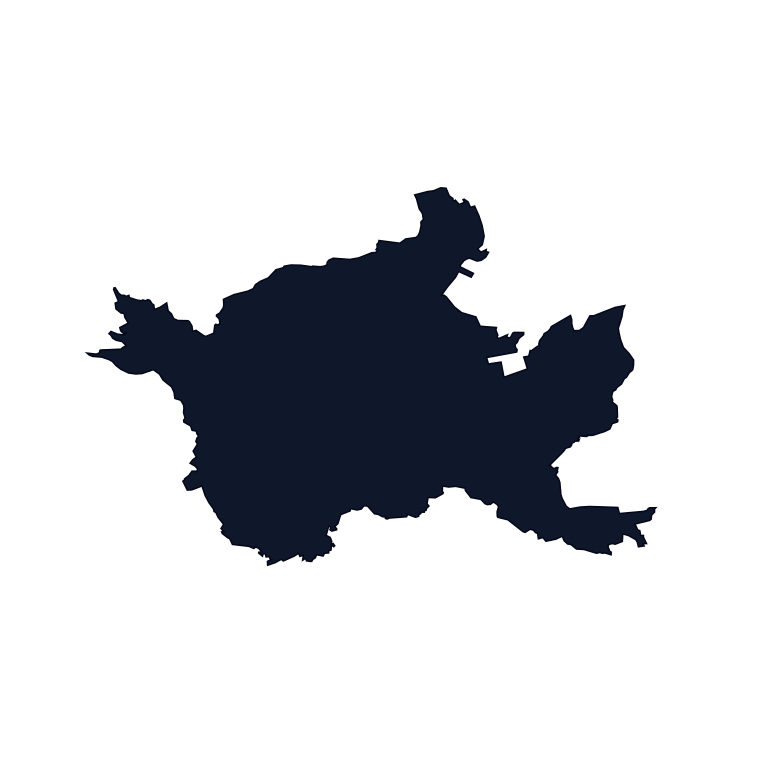 Ileanda, Salaj, Romania, rotated 195°
{"feature_id": "2599482B39654987935311", "entity_name": "Ileanda", "entity_type": "district", "adm_level": 2, "iso_a3": "ROU", "parent_name": "Romania", "parent_adm1": "Salaj", "projection": "natural_earth1", "projection_center": [23.607, 47.339], "detail": "fine", "context": "isolated", "style": "filled", "palette": "ink", "viewbox_px": 768, "rotation_deg": 195, "n_neighbors": 0, "source": "geoboundaries", "source_scale": "gbopen_adm2", "svg_char_len": 6153}
<svg xmlns="http://www.w3.org/2000/svg" viewBox="0 0 768 768"><g transform="rotate(195 384 384)"><path d="M374.7,589.2L380.0,588.2L386.1,583.5L391.7,581.2L403.3,574.6L400.5,571.3L395.3,562.3L391.1,558.7L388.6,553.2L390.3,550.0L389.2,546.7L388.8,540.1L389.5,536.0L391.2,533.7L400.5,529.8L405.1,524.1L426.0,521.3L425.9,519.2L427.0,517.1L425.8,513.7L426.5,511.7L424.5,511.7L426.1,508.9L429.7,507.7L441.2,499.2L449.2,495.5L465.5,492.4L469.1,489.6L470.4,487.0L470.0,484.2L472.6,482.2L475.9,480.8L483.7,479.3L484.1,478.6L495.2,477.2L504.6,474.9L510.9,472.0L511.4,470.3L517.9,466.4L523.2,456.6L530.0,451.2L533.9,446.7L535.0,442.2L539.5,438.5L552.1,431.5L561.0,424.2L559.2,418.8L559.0,416.1L561.1,410.0L563.6,407.4L563.5,406.3L560.1,404.2L558.4,400.9L558.6,399.3L559.4,398.1L561.9,398.2L562.7,397.0L561.6,389.1L568.3,383.9L570.4,384.0L579.5,387.2L582.4,385.3L584.5,390.3L588.1,393.9L589.8,394.4L599.6,392.0L604.0,392.7L607.5,396.8L611.4,398.8L614.9,406.1L620.2,400.1L625.0,396.6L626.8,400.8L628.8,401.5L631.8,404.2L633.9,404.4L636.0,402.6L638.8,402.8L639.9,401.6L644.6,401.2L652.4,401.6L653.3,403.6L655.8,401.9L657.9,402.5L660.5,401.7L663.4,402.8L668.6,407.4L669.6,407.1L669.7,405.3L662.2,395.5L662.3,394.3L664.6,392.6L662.3,387.1L656.4,384.5L653.3,384.8L651.6,381.4L646.8,376.6L653.8,370.1L652.2,367.3L650.3,366.1L648.4,365.5L646.6,366.5L647.6,364.2L654.2,363.2L661.4,364.1L662.7,361.4L660.5,360.5L657.9,358.0L654.0,356.9L647.9,357.2L642.9,354.2L645.9,351.6L647.0,349.6L666.5,343.5L667.1,342.9L667.0,340.4L669.6,338.4L678.9,337.0L676.3,335.7L672.7,335.2L663.6,336.9L655.8,336.4L652.1,335.4L647.6,332.4L641.7,330.0L633.5,328.5L626.4,329.4L620.5,331.4L610.6,338.1L603.4,335.4L598.4,330.6L588.4,326.2L584.7,321.7L582.3,315.9L576.1,315.7L572.3,312.0L571.0,309.0L570.3,304.6L567.3,299.5L568.2,297.3L567.5,295.4L559.9,293.5L557.4,289.6L553.0,289.9L552.0,287.6L549.4,285.3L550.6,283.8L550.9,279.8L548.6,277.7L551.0,269.8L546.3,264.8L549.1,261.4L550.8,257.3L545.0,255.7L542.3,253.9L542.0,253.0L542.5,250.6L543.6,251.0L546.9,250.1L548.8,245.1L552.1,240.8L551.7,240.1L553.1,238.1L546.6,230.6L542.4,231.9L533.4,238.4L528.0,230.1L522.4,224.1L516.3,219.1L515.2,216.9L513.0,216.2L509.8,212.3L502.7,207.0L504.0,202.2L500.2,199.8L502.6,199.1L501.5,197.7L494.6,194.8L493.9,195.7L488.9,189.8L472.5,192.2L467.1,191.4L465.8,193.3L462.7,192.9L459.3,190.7L459.5,189.7L461.4,189.2L461.3,188.2L456.8,186.2L456.9,188.3L454.9,189.5L453.1,186.4L450.4,187.5L448.5,185.4L447.4,185.2L450.7,182.5L449.5,178.8L442.8,183.3L437.9,188.0L435.4,187.0L426.4,194.3L422.6,198.4L420.7,195.7L417.6,197.6L417.0,192.7L415.1,194.9L414.2,194.7L413.1,193.1L408.8,193.6L407.9,194.0L407.3,196.2L405.3,198.4L405.0,201.6L398.2,202.1L397.7,205.1L393.7,206.5L394.3,208.5L392.2,209.9L393.0,214.8L390.4,213.8L389.7,215.0L391.9,216.8L393.6,215.8L393.8,218.6L396.3,221.9L400.7,222.8L400.6,232.4L398.2,231.9L398.5,229.2L396.4,228.4L392.0,230.9L392.4,232.1L394.7,233.4L392.4,237.1L392.0,246.6L383.9,252.6L383.9,255.0L377.4,255.3L373.6,257.3L371.8,261.2L368.3,261.8L359.7,256.2L355.7,256.5L351.0,255.4L347.5,256.0L347.8,254.5L346.0,254.4L344.1,255.9L327.8,261.6L327.5,264.2L319.2,263.4L316.3,265.1L316.7,266.2L314.8,268.8L315.0,269.8L311.9,270.6L312.2,271.9L310.7,272.8L310.8,274.6L309.0,277.8L311.5,279.5L312.0,285.8L304.9,287.4L298.8,293.2L298.6,294.4L299.8,295.3L301.1,300.6L294.9,301.2L288.2,303.7L278.7,304.3L277.8,302.2L270.7,296.8L260.5,297.6L255.7,294.6L253.1,294.2L250.0,295.4L247.9,298.2L246.4,297.9L243.4,296.8L241.6,295.2L241.7,289.9L240.5,285.8L239.6,284.7L229.2,284.9L211.4,277.3L209.2,277.2L205.3,281.5L201.7,281.5L199.5,279.8L196.9,279.3L194.8,274.4L190.9,276.8L186.9,274.0L177.8,278.6L172.5,283.1L169.4,279.2L165.3,277.0L161.8,277.3L155.4,274.4L148.0,275.9L134.9,275.5L132.0,277.1L129.3,277.0L126.7,278.0L120.4,277.8L121.0,280.4L123.3,281.2L123.8,282.7L125.4,284.3L125.6,286.9L122.4,288.9L119.1,289.1L113.0,293.6L114.6,301.0L108.7,300.9L100.7,298.9L98.6,297.1L96.1,292.6L90.8,294.9L92.5,296.8L89.1,297.8L93.7,303.1L94.2,304.9L97.0,304.1L98.9,308.5L101.2,308.8L105.3,313.7L92.0,321.0L90.9,322.7L91.6,326.6L89.5,330.3L90.3,333.3L89.4,334.9L95.3,333.2L96.5,332.2L97.2,330.1L100.2,328.2L123.1,319.8L126.2,325.3L153.7,318.9L162.7,315.9L172.3,311.4L176.4,313.2L182.3,319.5L184.5,323.0L188.7,334.5L190.9,337.7L194.7,340.5L193.5,344.1L194.2,345.2L194.3,348.3L195.7,348.1L198.0,346.1L201.9,347.9L202.1,348.9L202.8,348.6L193.9,364.0L192.3,367.3L192.2,368.7L187.6,371.6L186.9,374.0L187.5,375.3L185.3,376.9L184.8,378.2L181.2,379.3L181.0,380.8L182.4,381.3L182.1,382.6L181.2,382.7L182.1,384.0L181.8,384.4L174.8,385.7L173.9,386.6L174.4,387.7L173.0,387.3L168.9,388.5L158.2,395.5L154.2,399.0L153.3,404.8L148.6,407.8L148.7,409.7L150.8,410.8L150.7,412.1L149.9,412.5L152.7,421.8L153.5,423.3L158.9,425.7L158.9,427.6L160.8,430.4L161.1,434.8L160.4,437.7L159.6,437.3L158.7,438.3L158.1,440.9L154.6,445.4L153.2,451.4L151.6,453.1L149.9,458.6L147.8,461.4L147.4,462.6L147.9,467.1L149.1,471.8L155.0,476.8L162.2,481.3L167.0,488.1L170.4,494.6L172.1,498.6L171.6,510.7L172.4,517.3L171.7,522.1L180.6,517.8L198.9,504.3L202.8,503.1L205.9,490.2L209.2,486.2L214.3,484.7L216.4,487.3L218.4,491.2L219.3,494.8L221.6,498.5L237.2,482.8L237.8,480.0L239.4,477.0L242.3,474.2L242.5,471.9L244.9,466.2L244.8,462.6L244.0,461.0L245.6,460.1L250.2,454.3L251.5,454.2L251.4,448.3L256.0,446.3L249.4,435.7L269.9,421.6L276.6,435.5L288.3,430.4L291.8,436.1L264.1,449.2L264.2,451.5L266.1,453.0L267.7,455.8L266.1,458.7L265.4,463.0L261.9,467.8L262.4,469.9L271.5,467.6L272.8,466.5L273.7,462.2L275.1,460.8L277.8,461.4L277.5,463.5L284.3,458.1L286.1,457.8L287.0,458.9L286.6,460.5L289.9,465.1L290.0,467.7L306.0,464.7L312.6,472.6L327.3,473.0L335.7,476.5L346.5,484.4L349.0,485.3L351.5,484.5L347.9,494.0L342.5,505.6L341.0,512.0L327.4,509.7L326.2,514.0L340.7,516.9L340.9,518.8L338.7,523.8L336.3,526.4L333.7,527.7L325.9,526.8L322.0,528.7L318.5,533.0L317.1,538.3L319.8,538.3L320.0,540.3L324.5,536.4L328.5,538.8L325.1,544.1L325.5,552.6L330.2,562.5L335.8,571.0L342.5,579.3L346.2,577.1L350.0,581.7L354.5,583.3L355.4,582.5L353.3,580.3L357.9,576.9L362.7,580.1L363.6,578.9L365.2,579.9L365.5,581.1L369.6,582.6L374.7,589.2Z" fill="#0f172a" stroke="#020617" stroke-width="1.5"/></g></svg>